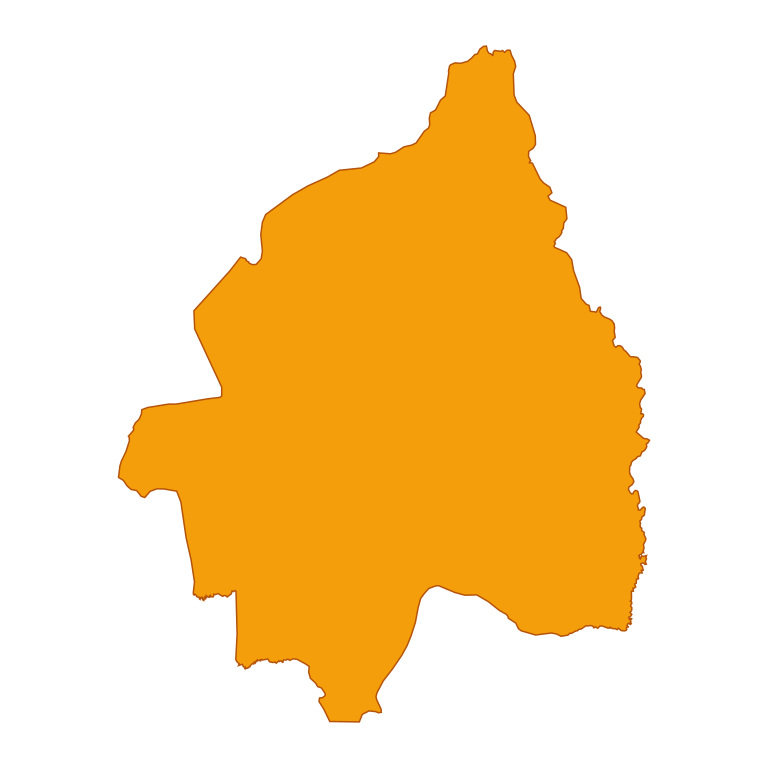 outline of Pangi, Maniema, Democratic Republic of the Congo
{"feature_id": "63176286B98681964412172", "entity_name": "Pangi", "entity_type": "district", "adm_level": 2, "iso_a3": "COD", "parent_name": "Democratic Republic of the Congo", "parent_adm1": "Maniema", "projection": "orthographic", "projection_center": [26.781, -3.132], "detail": "fine", "context": "isolated", "style": "filled", "palette": "amber", "viewbox_px": 768, "rotation_deg": 0, "n_neighbors": 0, "source": "geoboundaries", "source_scale": "gbopen_adm2", "svg_char_len": 6101}
<svg xmlns="http://www.w3.org/2000/svg" viewBox="0 0 768 768"><path d="M430.5,112.8L429.3,118.0L429.7,124.9L428.4,128.2L424.4,131.1L416.1,143.0L411.7,145.1L403.9,146.9L395.6,152.3L390.5,153.8L378.6,152.9L378.7,156.6L374.3,161.8L361.4,168.0L339.2,170.3L327.2,177.2L308.3,185.7L292.6,194.7L265.7,214.5L262.4,222.2L260.8,234.6L262.4,251.3L261.1,258.9L256.2,264.4L252.6,264.7L249.1,263.2L248.8,262.0L246.3,260.7L246.2,259.6L245.4,258.7L240.6,257.1L229.5,271.3L193.9,310.8L194.7,329.0L221.7,387.1L221.7,396.0L219.9,397.4L207.8,398.8L176.0,404.1L168.6,404.1L147.7,407.5L141.8,409.7L141.4,414.1L139.6,418.2L138.9,419.5L135.3,423.0L133.1,427.6L133.7,428.7L133.6,430.2L128.4,436.2L129.2,437.4L129.4,440.9L126.0,451.5L121.3,461.3L119.9,466.0L118.5,477.4L123.4,480.4L127.2,486.0L131.0,489.4L136.7,490.6L141.2,496.3L144.8,497.5L150.2,491.3L156.9,488.8L164.3,489.0L176.7,491.2L180.9,502.0L186.1,537.6L191.2,560.4L194.5,582.0L193.3,592.6L193.5,594.7L193.9,594.9L193.9,594.0L194.6,594.0L196.5,595.5L196.4,596.1L197.3,597.0L199.1,597.2L199.8,598.2L199.4,598.8L200.1,599.4L200.4,598.0L201.5,597.1L202.2,597.3L201.9,598.3L203.2,600.4L203.8,600.5L203.4,598.5L204.5,598.1L205.0,599.0L205.7,598.7L205.6,598.2L205.0,598.2L204.8,597.1L206.4,597.4L206.1,595.7L208.6,597.2L209.7,597.2L209.5,596.1L210.2,595.4L210.3,596.4L212.9,597.0L213.7,595.9L213.7,594.3L215.1,594.6L218.0,593.6L222.8,596.4L223.6,595.6L225.8,595.6L227.1,597.0L231.2,593.9L232.1,591.0L233.6,591.6L235.0,590.5L236.0,591.4L237.1,634.0L235.8,659.6L236.9,661.7L239.3,663.9L238.5,665.5L242.4,664.3L243.4,666.8L245.2,667.1L244.8,668.6L245.6,668.9L246.7,668.0L247.7,668.2L249.1,666.9L249.8,666.9L250.4,665.6L252.0,663.9L252.9,663.4L253.5,664.0L254.0,663.7L254.2,661.9L254.8,661.9L255.4,662.8L255.9,661.4L256.7,661.5L256.8,660.2L257.2,659.9L257.8,660.7L260.1,659.9L260.0,660.7L260.6,660.9L261.5,659.4L262.6,660.0L267.8,659.0L269.6,661.8L272.9,662.5L275.2,662.1L276.2,663.2L278.9,660.9L279.4,661.5L281.0,660.8L282.5,662.3L283.1,662.1L283.0,660.9L283.8,659.8L286.0,660.1L288.0,659.1L289.7,660.4L293.1,658.8L297.3,659.4L306.2,664.3L309.2,666.5L308.7,672.1L310.3,678.2L315.6,683.1L317.7,686.6L321.5,688.0L325.2,693.6L325.1,695.6L322.4,697.7L319.5,698.0L319.0,701.5L323.9,709.3L329.8,721.5L359.3,721.9L362.3,714.3L369.1,710.9L375.5,711.6L378.8,712.8L381.3,712.3L381.1,709.2L376.9,700.2L376.0,696.7L377.0,692.7L383.3,680.8L392.6,668.8L401.9,655.1L407.1,645.6L411.0,636.0L415.4,622.3L418.2,607.4L420.7,598.4L424.3,593.5L428.8,588.5L435.7,585.9L438.7,585.7L455.2,592.6L465.0,595.2L476.8,594.9L488.3,601.6L499.5,610.5L506.3,614.3L508.0,616.5L508.3,618.2L515.8,623.1L518.5,628.8L521.2,630.8L535.6,635.0L551.4,633.0L556.6,634.0L561.2,636.3L568.0,635.1L569.9,633.2L571.3,633.4L576.0,630.9L577.4,630.8L578.8,629.4L581.3,629.0L586.1,625.7L587.5,626.0L590.1,625.5L592.8,626.0L593.7,627.7L594.4,627.7L595.3,626.8L597.8,628.3L599.7,626.2L602.2,625.9L606.1,627.5L606.7,627.3L607.4,628.0L610.0,628.1L610.1,627.3L612.8,628.7L614.9,628.6L617.2,629.6L618.4,628.3L621.3,630.6L624.4,630.9L626.1,630.4L626.7,629.5L626.4,627.9L627.3,627.0L628.1,627.1L628.3,626.7L626.9,625.8L627.9,623.7L628.5,623.4L630.6,624.4L631.2,623.4L630.1,622.7L630.9,621.9L630.5,619.8L631.7,618.9L630.8,618.4L629.4,619.3L628.7,617.3L630.3,616.6L631.8,614.5L630.0,612.5L631.5,610.7L631.8,609.0L631.8,607.6L630.7,606.2L630.9,604.5L631.7,603.8L631.8,602.7L631.3,601.6L630.3,601.0L631.2,600.3L631.5,598.4L631.4,591.2L633.4,591.2L633.0,588.4L633.5,588.6L635.7,587.0L634.6,584.1L636.2,583.3L636.5,579.1L638.1,579.0L638.6,578.3L638.0,577.0L638.8,573.8L639.8,572.9L642.2,572.9L641.3,570.3L643.2,570.2L642.3,566.3L640.9,565.2L640.8,563.8L642.6,562.9L643.8,563.2L644.8,564.4L646.3,564.2L645.3,561.6L646.5,558.8L645.8,558.1L646.5,555.5L643.8,556.4L641.7,555.9L640.3,558.9L639.4,558.2L639.5,556.6L638.8,555.9L639.7,554.7L641.1,554.4L642.6,552.4L643.7,552.6L643.1,550.9L644.0,548.4L643.5,544.4L645.4,540.8L645.9,538.7L643.9,534.3L644.2,532.4L641.7,530.6L641.7,528.2L640.3,527.1L640.1,524.6L640.5,523.5L639.8,521.1L641.5,519.4L642.0,516.9L644.3,515.2L645.3,508.3L643.8,507.0L642.7,507.4L640.4,509.9L638.3,509.9L638.3,508.4L637.4,506.1L637.9,504.0L639.6,502.5L639.9,501.1L637.9,491.6L636.7,490.6L635.2,490.5L633.4,492.4L633.0,493.8L632.0,494.0L630.3,492.9L628.4,489.3L628.9,487.1L632.2,484.5L633.9,481.7L632.9,478.7L630.5,475.3L629.5,472.2L629.8,466.4L630.8,465.3L631.4,462.5L632.6,460.8L636.4,458.3L637.3,456.8L640.4,455.8L641.8,452.1L644.6,450.4L646.4,447.6L646.7,446.7L646.4,443.8L647.8,443.0L649.5,440.3L647.5,439.0L643.6,438.4L636.2,432.0L639.2,427.1L638.8,425.1L640.6,422.8L640.5,420.9L641.6,418.3L643.4,416.3L643.5,414.7L642.5,413.7L641.1,413.9L640.7,413.4L641.5,409.7L641.3,408.4L640.3,407.7L639.6,403.8L640.7,400.1L645.1,393.5L644.3,389.5L643.0,389.4L641.7,388.0L638.1,387.8L636.7,386.0L636.9,384.6L641.4,377.2L641.4,374.9L640.7,372.8L641.3,369.5L640.4,366.2L639.1,364.1L640.2,362.0L640.2,360.8L637.6,357.5L633.8,356.8L631.3,356.9L629.9,356.2L625.6,351.1L624.2,350.3L622.3,347.2L620.4,345.8L618.0,345.6L615.9,347.3L614.1,345.9L612.5,340.6L615.2,337.3L614.2,331.4L614.6,327.8L614.1,323.3L614.0,324.0L612.4,321.2L610.4,319.5L604.1,316.8L602.0,315.2L599.7,311.5L600.7,308.2L600.1,307.0L598.5,307.7L596.4,312.1L590.3,311.2L589.1,305.5L586.1,304.1L581.2,298.5L579.6,287.4L573.6,270.7L571.7,259.7L566.6,252.7L554.5,247.3L554.0,246.0L555.4,243.3L554.2,241.7L555.5,240.5L556.0,239.0L559.0,236.8L561.0,234.2L561.8,232.6L561.7,230.8L563.3,228.5L563.8,223.0L566.9,218.8L565.8,207.3L550.1,200.2L548.0,196.2L551.9,192.8L549.8,187.2L543.4,182.8L540.0,178.8L532.6,163.6L532.1,163.0L529.4,162.8L529.6,161.6L530.7,160.8L528.5,156.4L528.7,151.4L533.3,148.1L535.5,144.4L535.3,135.7L529.2,115.3L516.9,102.3L514.1,95.2L513.3,73.9L515.7,66.5L514.6,61.2L511.5,55.1L510.1,50.3L507.3,50.1L504.6,52.3L502.5,50.5L501.0,51.3L494.5,50.5L493.1,52.6L493.0,55.1L492.4,55.4L491.1,54.0L488.9,53.2L487.4,50.9L486.4,46.1L483.5,46.4L479.9,49.1L477.4,54.0L474.9,54.5L471.6,58.1L467.5,61.4L460.7,63.3L454.9,62.9L450.6,64.8L449.6,65.9L448.5,70.9L448.7,73.4L445.3,95.9L440.5,100.2L435.5,110.1L430.5,112.8Z" fill="#f59e0b" stroke="#b45309" stroke-width="1.5"/></svg>